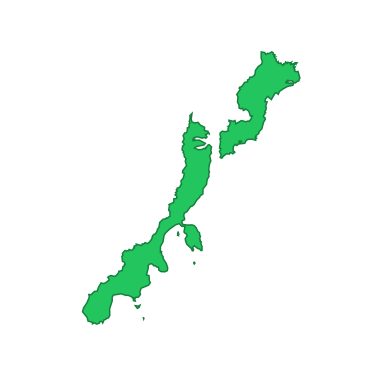 outline of Donggala, Sulawesi Tengah, Indonesia, rotated 203°
{"feature_id": "22746128B11403753934380", "entity_name": "Donggala", "entity_type": "district", "adm_level": 2, "iso_a3": "IDN", "parent_name": "Indonesia", "parent_adm1": "Sulawesi Tengah", "projection": "mercator", "projection_center": [119.813, -0.351], "detail": "fine", "context": "isolated", "style": "filled", "palette": "green", "viewbox_px": 384, "rotation_deg": 203, "n_neighbors": 0, "source": "geoboundaries", "source_scale": "gbopen_adm2", "svg_char_len": 6096}
<svg xmlns="http://www.w3.org/2000/svg" viewBox="0 0 384 384"><g transform="rotate(203 192 192)"><path d="M237.3,32.6L232.5,33.1L232.1,31.8L230.7,33.4L228.0,33.2L226.0,35.2L226.2,36.6L225.3,37.3L223.9,37.4L223.0,36.6L223.0,39.9L221.6,41.1L221.5,42.1L219.8,43.4L219.4,46.1L222.2,52.3L222.9,60.6L224.3,63.9L224.2,66.3L217.5,70.6L212.7,71.0L210.2,72.0L206.4,71.9L205.2,71.2L204.6,71.9L203.6,71.7L203.8,71.0L202.9,71.3L202.6,73.0L200.2,74.3L199.4,77.5L201.1,80.0L201.2,83.6L195.6,89.2L194.9,92.2L196.6,93.7L198.9,98.2L201.5,97.9L202.6,105.2L203.7,107.1L203.0,108.9L201.0,110.3L198.1,109.2L196.9,109.8L195.4,109.2L193.3,109.5L191.9,107.1L189.5,106.6L185.7,108.0L184.0,110.0L184.7,112.6L187.6,116.0L192.6,119.5L193.2,121.0L195.5,122.5L196.4,124.2L197.5,124.2L196.8,125.2L198.2,125.6L199.8,129.7L199.2,134.7L200.8,141.1L200.3,144.1L198.0,149.3L194.4,155.2L191.5,157.9L188.0,156.4L185.0,157.5L183.8,152.1L182.7,151.4L181.3,151.5L179.4,149.8L180.0,146.4L178.5,144.0L176.2,141.8L170.7,139.8L168.7,138.0L167.9,138.4L168.2,139.9L169.9,140.8L168.8,143.4L164.5,142.2L163.0,142.6L160.7,141.6L160.0,142.1L161.4,145.6L163.5,147.9L164.2,149.8L165.4,149.8L165.5,150.9L166.6,151.7L167.0,154.7L167.9,154.9L169.0,157.2L171.5,158.2L174.3,160.8L176.8,161.9L179.2,161.7L183.2,159.8L187.4,158.6L188.5,159.0L189.7,160.6L189.8,161.6L188.1,163.5L188.5,164.9L190.2,166.6L190.9,169.4L189.0,171.9L187.6,178.1L186.3,179.0L185.2,181.3L184.5,186.3L182.9,190.2L183.0,191.7L181.2,194.4L183.1,199.2L181.6,204.6L183.0,209.7L182.4,212.9L183.5,214.6L184.0,217.8L184.9,218.2L186.0,221.2L186.8,224.5L186.8,228.0L190.0,232.4L189.3,235.3L190.9,237.7L191.6,241.1L194.6,242.3L195.6,241.5L196.2,238.7L197.0,238.3L196.3,237.3L197.0,236.7L198.4,236.6L199.2,235.2L202.6,233.4L206.9,233.4L205.7,235.6L199.2,240.1L198.7,242.0L205.6,242.6L210.8,240.0L210.3,241.4L211.6,240.9L211.6,242.5L208.8,244.9L203.8,245.5L201.9,247.0L199.6,246.8L200.3,246.9L199.7,248.5L202.1,250.2L199.5,252.6L198.9,252.4L199.1,252.8L200.7,253.2L200.9,254.1L204.7,253.5L205.7,256.5L210.8,256.9L213.6,258.5L216.3,256.6L219.5,256.5L221.3,259.0L222.7,264.3L223.8,261.6L222.3,258.4L222.1,255.9L220.8,254.5L221.2,253.6L220.0,250.2L221.3,249.2L220.2,246.2L220.4,244.0L221.8,243.5L222.2,240.4L219.9,237.7L220.3,234.3L217.7,233.0L218.6,230.4L217.6,226.9L215.6,226.0L215.6,224.9L214.3,224.0L212.8,221.4L210.6,220.5L210.2,217.6L207.4,214.4L208.8,207.9L208.2,206.0L206.8,206.2L206.1,205.5L205.5,201.0L206.5,198.1L204.7,194.8L205.2,193.7L204.9,192.1L207.2,189.6L206.8,188.8L207.3,187.9L205.8,186.9L207.0,185.1L205.7,184.2L206.4,182.7L204.2,182.2L203.6,180.2L206.1,178.6L204.7,175.4L208.3,171.4L207.6,171.0L206.3,166.0L204.8,165.5L202.8,161.2L205.0,157.8L205.5,158.0L206.1,156.8L208.0,155.6L209.8,151.4L208.6,146.5L209.3,143.9L208.8,142.6L209.4,138.9L210.3,138.4L211.2,136.3L210.7,133.0L211.8,128.7L213.2,127.0L215.4,127.1L216.0,125.3L217.5,124.8L217.6,123.0L222.9,122.2L222.3,121.4L224.1,119.5L223.2,118.1L223.9,117.7L223.9,115.8L225.0,114.6L227.4,114.6L227.5,113.2L229.1,112.2L230.6,112.1L231.3,110.8L232.0,108.2L230.9,106.6L231.4,105.4L228.9,101.0L226.9,101.0L225.3,99.3L225.9,98.3L225.4,97.4L226.4,96.5L225.6,92.3L228.3,90.6L228.1,88.3L229.4,84.8L231.3,83.8L233.9,83.5L235.8,81.6L236.1,80.5L234.5,79.5L233.9,78.5L236.3,74.3L238.3,72.9L240.2,72.8L240.8,67.8L240.5,63.7L243.0,62.3L244.7,58.1L246.9,57.3L245.7,55.7L245.4,53.7L245.4,49.2L246.5,43.0L246.0,39.0L239.4,35.5L237.3,32.6ZM189.1,257.7L188.8,256.0L186.5,252.9L187.1,252.1L185.4,249.4L183.8,243.2L182.2,243.1L182.6,240.1L179.6,237.5L179.6,234.8L178.4,234.6L177.7,234.9L177.0,237.6L175.2,240.5L172.3,241.6L172.3,242.9L170.7,243.5L169.4,243.1L168.1,245.2L168.7,245.8L170.1,245.8L171.7,249.7L171.1,252.7L169.3,252.2L168.5,252.8L168.7,253.7L167.4,254.6L167.8,255.8L167.4,256.6L168.4,256.9L168.4,257.5L166.3,258.1L166.4,257.2L166.6,256.9L166.5,257.5L167.0,257.4L166.5,256.6L167.5,255.8L166.9,255.0L162.5,257.4L162.3,260.3L161.2,262.3L157.2,264.1L153.6,264.5L154.2,265.8L153.7,266.5L154.7,266.6L154.5,267.3L155.1,266.9L155.2,268.9L153.4,271.8L153.8,273.9L152.4,277.4L153.4,284.2L152.9,287.8L154.2,289.1L155.6,289.1L156.0,290.8L155.4,292.1L155.9,293.0L155.2,293.7L156.4,294.6L156.0,296.2L156.6,298.8L157.6,299.2L158.1,304.3L160.2,303.7L160.7,306.1L159.7,309.6L155.1,308.1L154.1,315.7L152.5,316.2L150.8,315.6L150.8,318.8L148.1,323.0L145.2,326.6L140.8,329.7L141.0,331.2L142.0,331.4L144.0,330.9L144.4,329.9L147.1,330.4L147.0,329.6L148.1,329.2L148.5,330.2L147.5,332.3L146.2,331.9L144.8,333.0L142.7,333.3L140.8,332.5L139.5,332.8L138.2,335.1L137.1,336.0L137.3,339.1L141.5,344.4L143.3,343.3L145.0,343.6L145.1,344.8L146.0,345.3L146.0,347.1L146.7,346.1L147.4,346.3L147.6,349.5L147.2,350.3L146.2,350.2L145.9,352.0L147.6,351.2L149.5,348.7L150.6,349.2L150.8,347.8L151.7,348.5L151.4,350.0L152.0,349.3L154.7,348.7L154.6,347.7L156.7,348.3L156.6,346.0L157.7,345.9L157.9,344.1L159.2,344.3L160.6,345.5L162.4,344.2L163.5,345.6L163.7,344.7L165.2,345.2L167.2,347.9L168.5,347.9L169.7,349.2L168.8,349.6L169.6,349.7L169.5,350.8L171.1,350.5L171.7,351.9L173.3,352.2L175.2,349.5L176.4,349.3L177.8,347.5L179.6,348.8L183.0,348.0L180.6,342.2L178.3,339.7L177.8,337.0L180.1,333.3L181.1,328.7L180.0,324.8L180.3,323.5L181.5,321.2L183.6,320.3L183.4,318.3L184.6,316.9L183.9,315.2L186.4,313.4L187.4,308.4L189.0,307.2L189.2,306.0L187.7,305.4L188.9,299.3L186.8,297.5L185.3,292.6L182.6,290.3L181.5,287.7L179.6,287.6L178.1,288.9L176.6,287.1L175.5,288.1L175.5,289.0L174.3,289.3L171.2,288.5L168.0,284.7L166.4,285.5L166.2,282.0L167.1,279.3L168.1,279.3L169.7,277.8L174.5,277.0L178.3,271.9L180.4,274.6L181.6,273.2L186.0,272.5L185.6,271.5L183.7,270.9L183.5,267.7L184.4,266.7L183.9,266.7L183.4,263.8L182.4,262.4L185.1,260.4L187.8,259.8L189.1,257.7ZM196.9,63.5L195.6,65.1L195.7,67.4L196.9,65.9L199.7,65.2L196.9,63.5ZM204.0,70.5L203.4,69.1L201.6,69.4L202.8,70.8L204.0,70.5ZM188.0,57.5L186.9,56.3L187.0,57.1L188.0,57.5ZM162.8,127.8L162.4,127.0L161.8,126.6L161.5,127.4L162.2,128.3L162.8,127.8ZM188.4,146.5L187.6,146.6L188.7,147.7L188.4,146.5ZM189.1,149.1L189.1,148.5L188.7,148.1L189.0,149.1L188.4,148.9L188.9,149.5L189.1,149.1Z" fill="#22c55e" stroke="#15803d" stroke-width="1.5"/></g></svg>